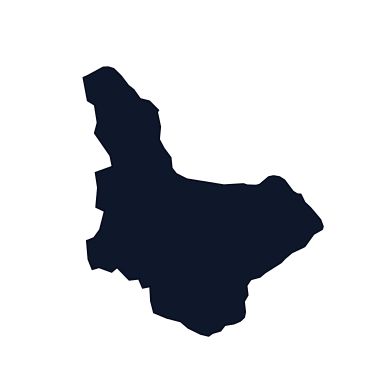 Besharik, Ferghana, Uzbekistan, rotated 165°
{"feature_id": "79887680B21144428059049", "entity_name": "Besharik", "entity_type": "district", "adm_level": 2, "iso_a3": "UZB", "parent_name": "Uzbekistan", "parent_adm1": "Ferghana", "projection": "equal_earth", "projection_center": [70.564, 40.365], "detail": "fine", "context": "isolated", "style": "filled", "palette": "ink", "viewbox_px": 384, "rotation_deg": 165, "n_neighbors": 0, "source": "geoboundaries", "source_scale": "gbopen_adm2", "svg_char_len": 1171}
<svg xmlns="http://www.w3.org/2000/svg" viewBox="0 0 384 384"><g transform="rotate(165 192 192)"><path d="M306.3,172.2L307.4,166.0L309.6,153.7L308.3,143.1L301.4,143.3L290.3,135.5L283.9,138.6L275.4,123.3L265.9,121.9L264.5,112.1L257.0,111.6L260.0,97.2L260.1,85.4L249.0,76.9L236.5,69.8L230.9,61.7L220.5,52.6L213.2,48.6L208.7,50.3L200.3,50.5L194.7,54.8L185.6,53.9L178.6,54.9L173.9,57.5L171.6,62.2L170.0,72.7L164.8,77.9L163.4,87.4L157.8,92.3L148.4,92.3L142.4,95.1L124.2,100.8L119.2,103.9L111.3,107.6L97.2,110.2L85.4,119.8L75.9,122.3L74.4,124.7L75.0,131.9L78.3,139.0L81.6,146.0L85.8,152.8L87.5,161.6L90.8,162.7L94.3,166.4L99.6,179.6L103.6,183.9L109.0,186.4L114.0,186.7L124.7,181.7L128.4,181.7L136.9,184.3L140.2,186.5L159.4,190.4L193.7,205.8L202.5,213.7L205.3,220.2L203.6,230.7L207.9,241.6L210.1,251.4L205.7,263.2L204.9,278.3L203.3,279.7L209.7,290.8L218.0,295.4L221.9,305.9L225.9,311.2L230.6,322.6L235.8,331.4L240.7,334.4L245.6,335.4L263.3,331.2L267.4,330.6L269.2,307.3L263.5,301.3L265.4,283.4L270.8,274.0L261.6,248.3L262.3,237.2L280.2,235.7L281.9,220.5L288.6,202.2L281.4,196.1L290.8,179.4L298.7,173.0L306.3,172.2Z" fill="#0f172a" stroke="#020617" stroke-width="1.5"/></g></svg>